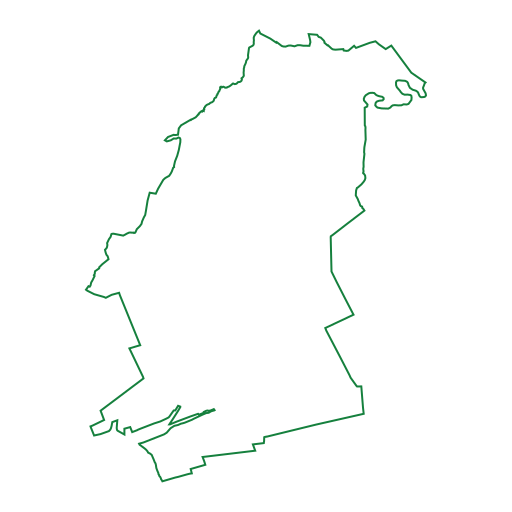 the district of Harman, Brasov, Romania
{"feature_id": "2599482B74827756897733", "entity_name": "Harman", "entity_type": "district", "adm_level": 2, "iso_a3": "ROU", "parent_name": "Romania", "parent_adm1": "Brasov", "projection": "robinson", "projection_center": [25.7, 45.718], "detail": "fine", "context": "isolated", "style": "outline", "palette": "green", "viewbox_px": 512, "rotation_deg": 0, "n_neighbors": 0, "source": "geoboundaries", "source_scale": "gbopen_adm2", "svg_char_len": 5917}
<svg xmlns="http://www.w3.org/2000/svg" viewBox="0 0 512 512"><path d="M191.8,473.4L190.7,469.0L205.3,464.8L204.2,461.2L202.6,457.0L255.2,450.7L252.9,444.4L263.8,443.1L264.1,441.0L264.2,437.5L264.3,437.1L266.4,436.6L266.6,436.7L316.0,424.6L363.7,413.8L363.0,407.6L361.3,386.4L357.1,386.5L356.4,385.8L350.6,377.7L349.5,375.2L339.9,356.6L326.3,330.6L325.3,328.0L353.5,314.7L345.4,299.1L336.6,281.9L331.5,271.5L330.7,237.3L330.8,236.3L332.9,234.8L347.5,223.5L364.4,210.6L363.3,208.8L362.3,208.0L362.2,206.9L362.1,206.6L360.8,206.1L360.2,205.4L359.4,202.9L358.4,200.8L357.8,199.1L355.8,195.5L355.8,195.0L356.1,190.5L356.9,188.0L357.8,187.5L361.4,184.4L362.6,183.0L363.7,181.7L364.8,180.0L365.4,178.1L365.1,175.5L364.1,174.0L363.2,173.3L363.2,172.8L363.3,172.8L363.4,172.4L363.5,171.6L363.5,170.9L363.3,169.7L363.3,169.0L363.3,168.2L363.5,167.5L363.6,166.8L363.5,162.3L364.4,154.2L364.4,153.6L364.1,152.3L364.3,148.1L364.4,147.1L365.7,139.6L365.4,130.0L365.5,127.8L365.4,126.8L365.3,126.2L364.9,125.7L364.8,125.4L364.7,107.7L367.2,106.5L367.5,104.5L364.0,100.5L363.8,98.8L364.5,96.9L365.7,95.3L368.8,93.3L370.3,92.9L372.5,92.8L374.3,93.1L376.1,94.9L377.4,95.6L379.2,96.2L382.2,96.8L383.5,97.8L383.7,99.1L382.6,100.4L379.3,100.7L377.1,101.4L375.8,102.6L375.4,104.1L375.3,105.4L376.4,106.7L377.5,107.6L381.7,108.4L388.3,108.6L390.4,107.5L391.5,106.2L392.7,105.4L394.6,105.1L398.3,105.4L401.4,105.3L403.6,104.3L406.7,104.5L408.5,103.9L411.4,100.0L411.6,97.5L411.3,95.7L410.4,95.0L407.6,94.6L404.6,94.7L402.4,93.8L400.8,92.1L399.8,90.6L396.9,87.3L396.1,85.3L396.0,82.4L396.5,81.1L397.6,80.5L399.0,80.3L402.0,80.6L405.0,80.8L406.6,81.5L407.3,82.0L408.1,83.3L408.5,85.0L409.9,87.8L412.6,89.7L415.9,90.7L417.6,91.9L418.3,93.0L418.8,94.4L419.5,95.9L420.3,96.8L421.1,97.2L421.9,97.2L424.2,97.0L425.1,96.6L425.7,95.9L426.0,95.3L425.6,93.3L423.1,88.8L423.1,87.5L423.9,85.6L424.7,83.3L425.5,82.5L411.3,72.7L391.3,45.6L385.7,49.1L378.9,44.3L375.5,41.3L369.8,42.8L356.0,47.9L354.1,45.8L348.4,50.6L346.6,50.9L343.7,50.5L343.3,49.1L335.4,49.7L333.0,49.4L331.7,48.7L327.9,45.2L327.5,45.4L324.4,42.7L324.5,41.9L323.9,40.7L320.8,37.6L318.7,36.9L317.1,34.8L308.7,34.1L310.1,40.0L310.4,42.2L309.4,45.8L303.1,45.7L300.1,45.2L297.6,45.2L294.5,46.3L290.7,45.5L288.5,45.6L285.6,46.6L283.5,46.5L281.8,46.0L276.7,42.1L276.3,42.7L270.3,38.6L260.3,33.5L259.0,30.7L257.1,32.2L256.2,33.2L254.8,35.2L254.2,36.2L253.7,37.8L253.9,40.5L253.7,42.1L253.8,43.5L253.7,44.1L253.5,44.8L252.7,45.7L249.3,47.5L249.0,48.0L248.0,55.3L248.2,57.3L248.1,57.9L247.8,58.6L246.9,59.8L246.2,60.9L246.0,62.3L245.5,63.7L244.3,66.2L244.2,67.3L243.8,68.6L243.8,70.8L243.6,72.4L243.8,75.8L242.8,77.3L241.5,78.3L241.5,78.6L241.8,79.0L241.9,79.5L241.5,80.7L240.8,81.4L239.9,81.9L239.3,82.0L238.2,82.1L237.8,82.3L237.0,83.3L236.0,83.9L234.5,84.1L233.2,83.5L232.7,83.6L232.2,84.1L231.6,84.7L229.9,86.0L228.9,86.6L227.0,87.3L226.8,87.6L225.1,87.7L224.8,87.4L223.8,86.9L223.2,86.7L222.9,86.8L222.0,87.4L221.5,87.4L221.0,86.7L220.5,86.9L220.2,87.2L220.1,87.6L220.2,88.9L219.9,89.7L219.4,90.5L219.3,91.1L218.5,91.9L218.3,92.7L217.4,94.0L217.5,94.5L217.3,94.8L216.7,95.3L216.1,97.4L214.8,98.0L214.3,98.7L213.7,100.7L213.4,101.1L212.6,101.8L211.9,102.3L210.9,102.6L210.0,103.1L209.2,103.9L207.6,104.5L206.6,105.0L205.0,106.6L204.9,107.2L204.0,108.3L204.0,108.7L204.3,109.3L204.2,109.6L203.7,109.8L203.7,111.1L203.3,111.0L203.2,110.8L202.8,110.6L202.1,110.9L202.0,111.5L201.5,111.3L200.8,111.6L200.5,111.9L200.4,112.3L199.9,112.5L198.7,113.6L198.5,114.1L198.6,114.4L197.8,114.9L197.8,115.1L195.7,117.3L192.4,119.1L191.4,119.4L191.3,119.7L190.8,120.1L190.4,119.9L181.1,125.3L178.8,128.4L178.0,134.7L175.6,135.0L174.7,135.0L173.7,134.8L168.0,137.0L164.9,140.3L166.8,141.4L170.8,140.3L173.7,138.5L176.3,138.6L178.6,137.5L180.0,138.2L180.4,139.4L180.3,142.2L178.8,150.0L177.2,155.8L175.0,161.4L174.0,165.9L174.1,167.1L173.2,167.7L171.8,171.5L170.8,173.4L169.2,175.8L165.3,178.0L163.3,179.8L158.1,188.7L155.8,193.7L149.7,192.7L147.6,200.5L146.0,210.4L145.2,215.0L143.9,217.3L142.1,221.4L141.5,223.9L139.9,226.1L136.8,229.2L135.5,232.2L135.0,232.8L134.0,233.0L133.7,232.6L132.3,232.7L130.4,232.5L129.1,232.6L126.9,233.6L125.0,234.7L123.2,235.6L113.5,233.7L112.1,233.8L111.4,234.1L110.6,236.9L109.0,239.1L107.1,243.1L107.4,245.0L107.0,247.1L106.5,248.2L105.0,249.8L105.6,252.4L106.4,254.7L107.7,256.3L108.5,259.2L102.3,264.2L99.2,267.3L99.2,268.3L95.1,271.2L94.8,272.6L94.8,273.8L93.9,275.2L94.6,276.0L92.4,280.5L91.2,282.5L90.5,285.5L89.7,286.7L88.5,286.2L86.0,289.7L87.3,290.7L94.2,294.2L104.0,297.0L105.8,297.8L111.7,294.8L119.1,292.8L119.8,295.0L140.2,345.2L129.4,348.4L143.0,376.8L143.5,378.4L100.6,410.7L104.1,420.0L92.3,425.7L90.5,426.4L91.0,427.8L94.1,435.5L100.5,434.1L108.9,431.1L110.3,429.6L111.0,428.1L111.6,425.9L112.3,422.1L117.3,420.3L116.7,428.0L117.0,429.9L117.6,430.7L124.4,434.5L124.4,428.7L130.2,427.1L132.2,432.1L137.4,430.1L138.0,429.7L140.7,428.6L154.2,423.4L160.2,421.5L166.0,418.8L168.5,417.5L169.3,416.7L173.6,410.6L173.9,410.4L175.3,410.4L178.1,405.8L180.3,406.6L180.3,407.1L178.0,411.0L172.5,419.6L169.3,424.4L169.9,424.4L176.5,421.7L190.6,416.4L198.1,413.8L198.8,414.5L199.0,414.7L203.5,412.9L203.7,412.0L206.2,410.8L207.4,410.5L208.9,410.8L210.5,410.5L213.8,409.1L214.6,410.2L214.3,410.4L211.7,411.1L210.5,411.6L209.2,412.5L208.4,412.8L206.1,413.1L202.4,414.7L193.3,419.0L192.1,419.7L184.7,422.7L183.4,423.1L180.9,423.7L178.0,425.0L174.4,425.8L170.6,428.2L166.7,432.7L164.0,434.4L143.4,442.5L139.1,443.7L139.6,444.7L144.7,448.5L146.2,449.8L147.6,451.5L148.1,452.6L150.1,453.6L151.7,454.9L153.6,459.3L154.8,462.4L155.2,462.9L155.5,463.4L156.0,465.4L156.1,466.6L156.2,466.9L156.3,467.8L156.4,468.2L157.4,470.9L158.3,472.9L158.5,474.2L159.1,475.0L159.2,475.7L159.6,476.4L160.2,476.9L160.9,478.4L161.0,479.0L161.4,479.6L162.0,480.6L162.2,480.9L162.4,481.3L175.4,477.5L178.1,476.9L187.3,474.3L189.8,473.7L191.8,473.4Z" fill="none" stroke="#15803d" stroke-width="2"/></svg>